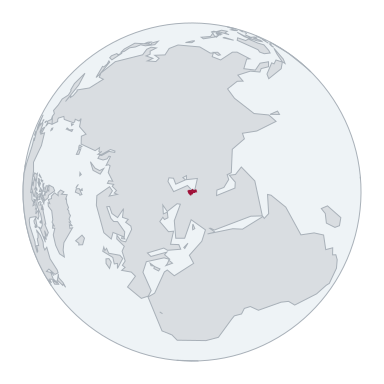 globe centered on Ardebil, rotated 279°
{"feature_id": "IRN-3230", "entity_name": "Ardebil", "entity_type": "Province", "adm_level": 1, "iso_a3": "IRN", "parent_name": "Iran", "parent_adm1": "", "projection": "orthographic", "projection_center": [47.857, 38.431], "detail": "fine", "context": "on_globe", "style": "filled", "palette": "rose", "viewbox_px": 384, "rotation_deg": 279, "n_neighbors": 0, "source": "natural_earth", "source_scale": "10m", "svg_char_len": 11673}
<svg xmlns="http://www.w3.org/2000/svg" viewBox="0 0 384 384"><g transform="rotate(279 192 192)"><circle cx="192" cy="192" r="169" fill="#eef3f6" stroke="#a8b0b8"/><path d="M184.3,23.2L195.0,24.2L213.2,27.0L221.0,27.6L217.7,28.1L233.9,29.6L245.0,32.9L231.1,29.5L228.7,29.5L235.7,31.6L234.7,32.1L237.6,33.5L235.8,34.1L227.8,32.5L226.5,33.0L231.5,34.5L232.9,36.4L225.7,34.0L227.4,37.1L214.3,36.0L196.6,30.8L188.1,32.2L166.3,32.7L167.0,33.8L159.2,35.2L157.1,37.2L153.6,37.1L154.9,38.8L158.4,38.5L160.2,39.2L159.3,40.5L154.7,40.5L154.5,39.8L152.7,40.5L150.8,40.1L151.2,41.0L145.9,41.1L149.8,42.9L144.3,44.6L141.1,44.2L143.3,41.7L141.5,36.0L139.0,35.6L133.2,37.1L118.2,44.7L114.6,45.6L108.3,48.5L109.4,49.0L114.7,46.9L115.1,48.9L121.5,46.5L122.7,47.1L128.5,46.1L125.5,49.1L119.4,52.7L114.5,53.9L111.7,55.7L114.7,57.2L103.8,62.3L93.8,71.1L91.2,72.4L89.2,69.6L93.5,62.7L90.8,60.7L90.4,65.1L83.9,68.8L81.9,70.9L81.0,72.7L82.7,72.6L80.0,74.8L79.5,70.8L81.9,68.8L82.0,69.9L84.0,66.9L83.6,65.0L80.3,67.4L83.1,63.2L80.8,65.1L80.2,65.4L83.6,62.7L77.5,67.8L77.7,67.6L87.6,59.1L98.2,51.4L109.4,44.6L121.1,38.7L133.2,33.6L145.6,29.5L158.3,26.4L171.2,24.3L184.3,23.2ZM23.4,203.2L25.0,217.2L26.2,224.8L23.4,203.2ZM193.9,23.2L191.3,23.2L190.3,23.1L192.1,23.1L193.9,23.2ZM226.8,28.2L223.0,27.4L227.0,28.1L226.8,28.2ZM238.3,33.7L239.7,33.8L240.5,34.6L238.3,33.7ZM129.7,44.6L129.1,45.4L128.3,45.2L129.7,44.6ZM132.8,43.6L132.4,42.8L133.8,42.2L134.0,42.7L132.8,43.6ZM238.6,36.2L239.6,37.5L237.2,35.8L238.6,36.2ZM133.0,44.7L136.3,41.3L138.8,40.4L141.8,41.5L133.0,44.7ZM239.2,38.1L241.7,41.7L245.0,42.3L237.0,43.2L237.6,39.5L234.1,37.3L237.5,38.4L239.2,38.1ZM160.0,37.9L156.2,38.2L160.2,36.9L160.0,37.9ZM162.1,36.9L172.0,32.5L177.2,32.9L172.8,34.1L180.2,34.0L177.9,36.4L173.3,37.0L170.4,36.2L171.7,37.7L162.1,36.9ZM232.2,43.3L231.6,44.1L230.7,43.0L232.2,43.3ZM161.2,39.4L162.7,38.4L167.3,38.6L165.1,40.8L164.3,40.0L161.2,39.4ZM183.3,33.0L186.3,33.7L185.2,35.8L186.2,36.4L178.2,36.5L183.3,33.0ZM162.8,40.6L163.8,42.0L160.8,43.0L160.0,40.5L162.8,40.6ZM169.5,37.8L171.5,38.1L169.6,38.6L169.5,37.8ZM150.7,48.2L152.4,46.6L155.0,46.5L150.7,48.2ZM164.4,42.4L165.4,42.0L166.6,41.9L166.6,43.1L164.4,42.4ZM178.0,38.0L177.0,38.8L181.3,38.1L180.6,39.8L175.4,39.6L177.4,40.4L177.2,41.0L173.1,40.3L178.0,38.0ZM170.3,43.9L163.4,44.7L159.6,47.4L157.2,47.5L163.8,43.1L170.3,43.9ZM172.3,41.8L170.5,43.1L168.5,42.4L168.5,41.1L172.3,41.8ZM182.1,41.1L184.4,38.5L185.5,38.6L182.1,41.1ZM169.5,44.8L171.2,44.6L169.5,45.1L169.5,44.8ZM178.7,42.3L179.3,41.3L180.5,41.5L178.7,42.3ZM174.0,45.2L171.8,45.4L171.7,44.5L174.0,45.2ZM176.5,44.0L177.9,44.5L173.0,44.0L176.6,43.5L176.5,44.0ZM179.7,42.7L180.6,42.5L179.2,43.1L179.7,42.7ZM175.6,48.9L169.4,48.5L169.2,46.3L175.3,47.0L175.6,48.9ZM47.4,229.0L43.3,200.5L47.7,194.6L50.1,184.1L81.4,165.0L86.2,170.9L108.7,177.2L111.1,179.8L106.5,187.6L121.8,204.8L129.1,199.3L144.9,209.4L156.7,211.2L164.5,195.5L145.2,192.0L143.8,183.2L160.9,179.0L178.1,182.4L178.1,179.1L168.9,170.6L174.6,165.2L165.9,167.1L168.2,170.8L162.8,172.3L160.5,169.1L162.5,167.2L157.8,164.8L149.1,175.0L150.4,179.9L137.0,179.0L138.0,187.2L133.7,189.8L130.6,177.0L132.2,172.9L124.8,157.5L121.9,161.5L128.7,176.6L125.8,174.7L121.9,180.9L122.6,174.7L116.0,157.8L105.1,156.1L88.2,167.1L82.4,165.2L79.0,158.6L88.1,143.2L100.0,149.3L103.4,144.6L103.6,134.8L107.1,137.7L108.7,134.7L113.4,136.8L122.6,132.2L127.8,133.6L133.9,125.0L137.4,124.7L132.8,129.7L132.4,134.3L145.6,138.2L148.8,136.9L151.7,131.2L155.0,133.3L156.1,127.3L164.9,127.0L155.1,122.5L158.2,116.3L164.8,112.8L164.1,110.1L153.3,116.0L150.6,119.2L151.1,123.1L142.1,131.8L137.0,132.1L139.7,120.3L132.9,119.6L138.0,111.3L164.0,99.6L173.6,98.6L184.3,109.7L180.7,113.2L175.0,110.8L178.0,118.7L178.8,115.3L181.6,117.2L185.2,112.3L187.3,113.5L187.3,107.1L190.2,108.0L190.2,112.0L198.2,106.2L205.1,107.0L205.9,105.2L204.8,103.0L214.2,105.9L214.4,104.4L211.4,102.9L209.7,99.1L210.5,93.8L213.8,95.0L213.9,97.1L219.1,103.7L219.0,109.5L220.4,109.5L221.2,104.8L214.9,96.7L214.5,93.2L218.0,96.6L216.7,95.0L217.5,93.7L221.3,93.7L217.7,89.9L222.0,75.0L229.8,74.0L232.5,78.3L238.9,70.7L247.2,71.0L244.4,69.4L245.6,65.3L243.0,65.1L241.8,64.1L243.7,54.5L246.6,53.6L244.2,48.6L242.8,48.0L240.5,48.3L237.0,43.2L245.0,42.3L247.9,43.8L250.9,42.5L257.0,46.3L263.5,49.2L268.4,54.7L273.1,56.8L273.8,56.2L280.7,58.9L292.6,67.7L280.0,63.4L261.6,52.9L268.9,57.2L266.4,57.2L268.5,59.5L273.7,62.8L274.8,62.5L278.7,74.4L289.5,86.8L290.8,82.5L295.3,83.4L308.7,95.8L319.8,121.8L325.9,125.0L328.6,129.0L328.7,134.3L324.6,128.6L321.5,129.1L319.2,125.3L317.9,132.5L314.5,127.4L315.2,135.9L318.9,138.6L321.2,133.8L323.2,143.9L330.2,147.0L335.0,155.2L336.5,177.0L332.1,188.2L332.6,191.3L328.8,190.8L326.9,199.6L336.4,210.0L337.2,214.6L332.6,228.3L331.9,225.2L321.9,223.9L322.3,235.5L329.9,239.1L332.6,247.2L327.7,248.0L324.7,241.0L321.1,240.3L320.5,230.7L314.6,219.0L309.5,225.1L308.4,219.3L299.4,211.0L291.2,219.3L279.2,241.0L280.1,255.8L274.9,264.0L262.4,246.5L257.9,232.6L252.7,235.4L240.5,225.1L217.2,227.8L214.6,224.0L210.1,226.3L201.5,222.8L197.8,216.3L192.3,216.8L202.6,233.8L208.5,233.2L214.4,226.2L216.1,232.2L224.4,236.8L212.8,252.3L179.4,265.2L177.3,253.9L157.9,220.0L159.1,216.3L159.1,215.9L158.9,215.1L156.0,220.9L153.0,213.9L162.1,238.0L163.2,247.7L178.9,265.9L177.2,267.5L182.6,271.1L201.4,267.0L201.2,270.6L191.7,287.0L166.7,306.3L170.7,319.0L170.1,328.7L156.0,333.1L158.9,339.7L151.9,340.7L152.5,343.9L147.8,346.0L139.3,346.6L123.2,341.9L120.9,339.2L110.9,331.0L96.4,311.1L99.1,304.5L97.1,297.2L85.6,276.1L88.0,267.5L85.2,261.9L79.3,260.0L76.3,253.2L72.9,251.2L52.6,240.8L47.4,229.0ZM68.5,178.9L67.2,181.9L68.5,178.9ZM195.1,194.5L206.2,195.2L203.3,184.5L207.3,184.0L204.8,180.7L203.0,183.7L197.2,174.7L202.7,171.6L202.4,167.0L198.7,166.6L189.5,173.8L197.7,186.5L194.3,190.9L195.1,194.5ZM84.0,69.0L83.9,69.4L82.5,71.5L82.2,71.0L84.0,69.0ZM82.4,78.8L78.1,82.1L80.9,79.2L79.6,78.9L83.8,72.9L90.1,72.8L86.5,73.7L82.4,78.8ZM91.2,65.3L87.8,68.8L91.3,65.0L91.2,65.3ZM112.5,117.5L113.2,120.4L110.1,123.2L103.6,122.5L108.0,118.3L112.5,117.5ZM115.0,124.0L119.5,113.1L123.8,113.5L120.6,115.1L123.0,116.4L118.5,119.3L118.2,130.7L115.5,134.0L104.8,130.3L109.8,129.5L108.8,126.5L115.0,124.0ZM123.6,88.4L125.6,84.7L132.2,90.1L129.6,93.0L122.8,92.2L122.0,88.4L123.6,88.4ZM137.7,47.8L138.0,46.7L139.3,46.6L140.0,47.4L137.7,47.8ZM151.3,47.4L137.5,52.6L137.2,51.6L129.5,56.4L125.7,55.6L130.8,52.4L122.1,55.6L125.2,52.5L119.4,55.1L131.2,48.1L133.6,45.7L132.4,48.6L135.8,49.3L138.0,48.9L146.1,46.1L153.0,41.7L157.5,42.1L158.9,43.6L157.9,44.7L155.3,44.0L155.9,46.0L151.3,45.9L151.3,47.4ZM172.1,65.5L169.4,63.4L169.8,69.1L165.3,68.3L165.6,69.0L161.5,70.0L157.2,72.5L155.4,71.7L154.4,73.1L151.7,73.9L149.8,75.6L146.0,74.8L143.4,76.9L143.0,75.4L139.6,79.2L140.4,76.1L137.0,77.1L138.0,79.6L121.9,73.4L114.5,73.8L107.8,76.1L110.2,70.9L118.0,65.7L127.9,61.7L134.7,62.2L134.5,60.0L137.8,59.7L136.5,61.6L140.3,58.5L142.6,58.9L151.5,56.4L155.5,52.3L158.9,51.5L158.4,53.3L162.0,51.3L163.5,54.2L165.9,53.7L169.7,56.4L167.5,60.4L170.4,59.7L173.4,61.9L172.1,65.5ZM176.5,49.7L174.9,54.3L171.6,56.2L166.3,50.8L163.9,50.8L160.4,47.9L165.2,45.2L165.8,46.3L167.4,46.7L165.3,47.4L168.3,47.2L169.1,48.7L171.7,49.0L170.5,50.4L176.5,49.7ZM115.2,177.7L117.4,178.9L121.0,179.8L118.6,183.9L115.2,177.7ZM110.5,166.3L112.6,166.5L111.0,172.4L108.8,171.3L110.5,166.3ZM115.1,161.8L112.9,166.1L112.8,163.1L115.1,161.8ZM134.9,129.8L137.3,129.8L137.0,131.3L135.1,133.0L134.9,129.8ZM172.3,83.7L171.3,81.8L172.4,81.3L173.6,76.8L177.0,77.2L177.7,80.1L172.3,83.7ZM160.5,197.9L156.3,200.5L154.8,198.6L156.6,198.1L160.5,197.9ZM135.9,192.6L140.8,196.0L135.1,193.7L135.9,192.6ZM176.3,83.4L176.4,81.5L178.0,82.9L176.3,83.4ZM179.6,77.3L181.8,78.6L177.6,76.7L179.6,77.3ZM231.0,356.4L232.2,356.1L233.3,355.8L231.0,356.4ZM199.5,328.0L190.0,343.0L181.8,342.9L179.4,338.7L182.3,329.6L191.6,327.0L195.9,322.3L199.5,328.0ZM349.6,247.5L351.1,245.3L350.9,246.0L349.6,247.5ZM348.3,248.3L350.2,245.4L347.7,250.1L348.3,248.3ZM350.9,244.2L352.8,239.8L353.6,237.5L353.3,239.0L350.9,244.2ZM346.8,250.4L337.6,261.3L333.5,263.8L334.8,260.7L341.5,254.4L346.8,250.4ZM334.5,260.9L327.7,260.8L315.9,250.1L320.2,247.6L332.0,250.5L331.4,253.0L335.5,254.3L334.5,260.9ZM349.4,233.6L348.6,240.0L343.9,245.6L341.5,247.4L339.9,241.8L340.8,237.0L342.9,234.9L348.9,212.9L351.4,213.0L350.0,221.3L351.9,223.9L349.4,233.6ZM280.9,256.9L285.3,263.8L282.3,266.3L280.9,256.9ZM349.8,199.9L348.4,209.4L349.2,198.3L349.8,199.9ZM349.4,190.6L350.3,193.3L348.7,191.9L349.4,190.6ZM334.0,195.6L331.9,198.6L331.1,196.5L333.3,191.5L334.0,195.6ZM338.6,162.2L341.2,168.5L341.8,171.1L339.5,168.5L338.6,162.2ZM206.0,86.9L200.4,92.5L198.7,97.4L201.4,101.2L195.3,98.5L197.9,90.9L206.0,86.9ZM219.7,76.2L217.3,73.3L219.9,73.2L220.8,73.9L219.7,76.2ZM217.2,75.4L211.5,74.3L211.1,71.9L215.7,73.1L217.2,75.4ZM193.7,78.3L191.9,79.9L190.5,78.6L193.7,78.3ZM329.2,290.7L330.0,289.4L330.8,288.4L334.5,282.3L344.1,265.5L352.1,246.0L352.3,245.4L347.8,257.3L342.4,268.9L336.2,280.0L329.2,290.7ZM353.0,241.2L355.5,232.8L356.3,230.3L353.0,241.2ZM360.1,208.8L359.9,210.4L359.9,209.2L360.4,204.7L359.6,207.6L360.6,200.9L360.5,203.9L360.1,208.8ZM357.7,219.0L357.5,220.7L357.1,220.9L357.7,219.0ZM358.3,216.3L359.3,213.7L358.1,218.0L358.3,216.3ZM353.0,223.3L353.6,225.8L355.6,219.7L354.0,225.9L354.9,229.3L354.2,232.4L353.5,228.5L352.5,236.1L351.5,237.6L351.5,232.8L352.7,224.2L353.6,219.6L356.8,211.7L353.0,223.3ZM358.5,211.9L358.1,208.7L358.3,205.1L358.8,206.1L358.5,211.9ZM356.2,201.7L354.2,199.6L353.2,204.0L354.6,191.9L356.4,195.9L356.2,201.7ZM353.4,193.2L352.5,197.3L353.0,190.8L353.4,193.2ZM351.8,196.2L351.0,193.0L352.1,191.6L351.8,196.2ZM354.0,192.1L352.9,185.7L354.2,188.2L354.0,192.1ZM348.5,186.0L352.2,187.7L348.7,190.5L345.1,179.3L346.3,176.9L348.5,186.0ZM333.7,127.9L331.5,125.4L331.6,122.6L333.1,125.1L333.7,127.9ZM330.0,112.2L330.9,121.0L331.3,128.6L332.7,128.6L335.6,135.0L331.7,132.2L329.1,123.1L329.4,118.3L326.4,113.4L324.7,107.9L320.3,103.1L318.5,99.7L322.6,102.7L330.0,112.2ZM318.3,101.3L310.0,92.2L311.7,89.7L313.9,91.1L317.0,96.2L315.9,97.2L318.3,101.3ZM308.5,89.4L307.4,90.4L292.7,81.7L290.1,79.3L302.1,84.0L301.7,85.3L305.0,88.1L308.5,89.4ZM233.4,44.5L231.7,44.1L233.1,43.8L233.4,44.5ZM240.3,64.1L238.8,62.7L240.6,62.2L240.3,64.1ZM235.7,58.7L234.8,60.2L234.4,58.1L235.7,58.7ZM233.0,63.8L233.8,60.5L235.0,64.4L233.0,63.8Z" fill="#d9dde1" stroke="#a8b0b8" stroke-width="1"/><path d="M192.2,188.2L192.3,188.2L192.3,188.3L192.8,188.9L193.0,189.0L192.9,189.3L192.7,189.4L192.6,189.5L192.7,189.8L192.8,189.9L192.9,190.0L193.0,190.1L193.0,190.3L192.9,190.4L192.5,190.5L192.4,190.5L192.3,190.8L192.5,191.0L192.8,191.1L192.9,191.3L193.0,191.4L193.0,191.5L193.2,191.4L193.3,191.4L193.3,191.5L193.5,191.8L193.7,192.0L193.8,192.1L193.9,192.3L194.0,192.3L193.5,193.1L193.5,193.3L193.4,193.5L193.6,194.2L194.0,194.8L194.1,195.0L194.3,195.1L194.4,195.3L194.4,195.5L194.2,195.6L193.9,195.6L193.7,195.8L193.6,195.6L193.4,195.6L193.3,195.4L193.2,195.4L193.1,195.5L193.1,195.4L192.8,195.2L192.7,194.8L192.5,194.7L192.4,194.7L192.2,194.6L192.1,194.2L192.2,193.8L192.2,193.7L191.9,193.3L191.7,193.0L191.7,192.8L191.7,192.6L191.0,192.6L190.9,192.6L190.7,192.5L190.5,192.4L190.6,192.2L190.9,191.8L191.0,191.7L191.3,191.7L191.3,191.4L191.4,191.2L191.2,190.7L191.2,190.4L191.2,190.1L190.8,190.3L190.6,190.4L190.3,190.8L190.2,191.0L189.7,191.1L189.4,191.3L189.2,191.3L189.1,191.2L189.1,190.9L189.2,190.7L189.3,190.7L189.5,190.7L189.8,190.6L190.0,190.5L190.2,190.3L190.3,190.3L190.3,190.2L190.2,190.0L190.2,189.9L190.1,189.7L190.3,189.4L190.6,189.3L190.6,189.2L190.8,189.1L191.0,188.9L191.3,188.8L191.4,188.7L191.5,188.6L191.8,188.4L192.0,188.3L192.2,188.2Z" fill="#f43f5e" stroke="#9f1239" stroke-width="1.5"/></g></svg>